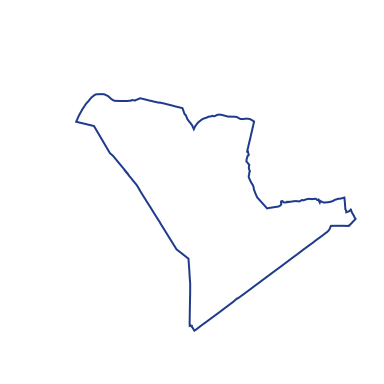 outline of Tetepango, Hidalgo, Mexico, rotated 133°
{"feature_id": "50627088B64259758122284", "entity_name": "Tetepango", "entity_type": "district", "adm_level": 2, "iso_a3": "MEX", "parent_name": "Mexico", "parent_adm1": "Hidalgo", "projection": "equal_earth", "projection_center": [-99.166, 20.109], "detail": "fine", "context": "isolated", "style": "outline", "palette": "blue", "viewbox_px": 384, "rotation_deg": 133, "n_neighbors": 0, "source": "geoboundaries", "source_scale": "gbopen_adm2", "svg_char_len": 4798}
<svg xmlns="http://www.w3.org/2000/svg" viewBox="0 0 384 384"><g transform="rotate(133 192 192)"><path d="M99.1,57.0L98.4,59.6L97.7,61.6L97.2,62.7L96.5,63.6L96.5,63.9L98.8,63.9L101.6,65.3L100.5,66.7L100.0,68.1L96.3,72.1L95.8,72.6L93.7,75.0L92.6,76.2L92.4,76.6L92.2,76.8L95.2,78.6L97.4,80.5L98.9,81.3L100.3,82.2L102.7,82.9L104.8,84.1L107.2,85.9L108.8,87.5L109.7,88.2L110.6,90.2L111.0,92.0L112.6,91.3L112.1,92.7L111.8,93.0L111.3,94.1L111.8,94.1L112.5,95.0L112.4,95.8L112.5,96.8L113.1,97.4L115.4,99.4L117.3,101.9L119.2,103.3L121.3,104.4L122.2,104.9L122.8,106.1L123.2,106.2L125.4,106.9L125.5,106.9L127.1,108.9L127.1,109.0L129.0,111.0L130.8,112.4L132.5,113.8L133.8,114.8L133.6,115.0L134.2,115.6L134.3,115.5L135.0,115.9L135.7,116.3L136.7,117.3L137.0,117.8L137.2,118.3L137.0,118.8L137.0,119.4L137.1,119.9L137.4,120.1L138.0,120.4L138.7,120.1L139.3,119.3L140.0,118.4L141.1,118.2L141.8,118.2L143.3,118.7L143.9,119.0L145.7,120.5L152.0,125.4L152.8,125.9L152.8,126.2L152.6,128.1L152.5,129.1L151.6,139.4L151.5,140.6L150.0,144.2L148.0,148.3L146.8,149.9L146.3,150.5L146.0,151.0L145.7,151.8L145.3,152.8L145.0,154.0L144.7,155.3L144.2,156.4L143.8,157.6L143.3,158.7L142.6,160.4L141.5,161.5L139.6,162.5L138.6,163.5L137.4,163.7L136.3,166.0L135.3,167.2L133.1,168.6L132.5,173.1L130.8,174.4L130.0,174.8L129.2,175.1L127.9,175.9L126.2,175.7L125.0,177.7L123.9,179.3L124.4,179.5L122.6,180.6L122.1,180.9L121.7,181.0L121.0,181.4L120.4,181.8L119.6,182.3L118.0,183.2L116.1,184.3L115.1,184.8L114.2,185.4L113.8,185.5L113.2,185.9L112.7,186.2L112.2,186.5L111.5,186.9L111.0,187.2L110.5,187.5L109.7,188.0L108.4,188.7L107.0,189.5L105.8,190.2L104.9,190.7L104.4,191.1L104.0,191.3L103.6,191.5L101.8,192.5L99.4,193.9L98.1,194.7L98.6,197.4L99.1,199.1L99.6,200.0L100.0,200.7L101.3,202.3L102.0,203.0L102.8,203.5L103.4,203.9L104.1,204.7L104.8,205.5L105.4,206.2L105.7,206.8L106.0,207.9L106.3,209.4L106.8,210.7L107.9,212.2L111.4,216.1L112.1,216.9L112.7,217.8L113.3,218.9L114.0,220.4L115.3,222.7L115.9,223.8L117.2,225.2L117.7,225.7L118.4,226.1L119.2,226.5L120.0,226.7L120.6,227.0L121.4,227.4L121.9,227.9L122.2,228.6L122.3,229.0L123.6,229.7L124.5,230.2L125.0,230.6L125.2,230.8L125.3,231.1L126.2,231.5L126.8,231.8L127.4,231.9L128.2,232.3L130.0,233.4L131.5,234.0L132.4,234.3L134.1,234.5L135.1,234.7L136.3,234.9L137.8,234.9L139.3,234.8L142.2,234.4L144.8,233.5L144.0,235.5L143.2,237.2L142.6,240.4L142.3,242.6L141.9,244.9L141.2,246.5L140.5,247.8L140.2,248.7L140.0,249.4L140.0,249.5L140.2,249.9L140.2,250.3L138.5,253.6L138.3,253.9L137.9,254.8L137.2,256.1L137.7,257.1L138.2,258.0L138.7,258.9L139.7,260.6L140.5,262.1L141.0,262.9L141.6,264.1L142.1,265.1L142.7,266.3L143.4,267.4L143.8,268.2L144.6,269.6L146.1,272.4L146.4,272.9L146.7,273.4L147.0,273.9L147.3,274.4L147.6,274.9L147.8,275.3L148.0,275.6L148.3,276.2L148.5,276.6L149.2,277.0L149.5,277.6L149.9,278.1L150.2,278.7L150.5,279.2L150.8,279.8L151.1,280.3L151.5,280.8L151.8,281.4L152.4,282.5L152.7,283.0L153.0,283.6L153.3,284.1L153.6,284.7L154.0,285.2L154.3,285.8L154.6,286.3L154.9,286.9L155.2,287.4L155.5,288.0L155.8,288.5L156.4,289.6L156.7,290.2L157.0,290.7L157.3,291.3L157.6,291.8L158.0,292.4L158.3,292.9L158.6,293.5L158.8,293.9L159.0,293.9L160.8,294.7L161.6,295.1L163.6,296.0L163.9,296.0L164.2,296.4L164.6,297.0L164.8,297.5L165.1,297.9L165.6,298.4L166.1,298.8L166.6,298.8L169.9,301.7L173.8,305.9L178.1,310.8L178.6,312.1L179.0,314.4L179.1,318.8L180.0,321.6L180.4,322.9L182.3,325.1L183.7,326.5L186.0,328.8L186.3,328.9L187.6,329.4L190.8,329.9L192.9,330.0L195.9,329.7L198.3,329.7L200.4,329.6L203.6,329.0L206.2,328.6L208.9,327.9L211.1,327.4L212.2,327.1L214.3,326.5L219.6,324.6L210.6,308.7L219.6,278.4L219.4,274.6L222.2,253.1L222.4,253.5L222.8,250.4L223.1,248.8L223.3,247.3L223.3,246.9L223.4,246.1L223.6,244.7L223.7,244.2L223.8,243.4L223.9,242.9L224.1,241.1L224.2,240.7L224.5,238.0L224.5,237.9L224.6,237.6L224.6,237.3L224.7,236.9L225.4,234.3L226.1,231.9L226.2,231.7L226.3,231.7L226.4,231.3L226.4,231.2L227.0,229.2L227.5,227.2L227.7,226.6L228.4,224.0L229.1,221.2L229.9,218.4L230.6,215.6L231.6,211.7L232.8,207.4L233.6,204.4L234.4,201.3L235.5,197.2L236.1,194.7L236.6,193.4L237.3,190.7L244.5,164.2L243.5,152.9L243.2,149.1L251.8,139.8L255.4,136.1L260.2,130.9L267.2,124.4L273.9,118.4L289.0,104.8L291.4,102.4L290.4,102.0L290.7,100.7L290.2,100.5L290.6,100.0L291.8,95.7L290.3,95.3L282.5,94.0L277.5,93.0L269.4,91.5L261.4,90.0L255.0,88.9L250.0,88.0L244.4,87.0L241.7,86.7L239.0,86.4L238.9,86.1L238.5,85.9L229.1,84.1L219.1,82.3L209.2,80.5L196.0,78.1L184.3,75.9L172.3,73.8L168.1,73.0L167.2,72.8L160.2,71.6L157.2,71.1L150.0,69.7L147.0,69.1L142.6,68.4L137.4,67.4L132.5,66.5L132.0,66.5L129.2,65.9L126.8,65.8L124.9,66.2L122.6,67.1L122.0,67.3L117.9,63.0L113.8,58.6L110.3,54.6L109.8,54.6L109.6,54.5L109.5,54.3L109.5,54.1L100.1,54.0L99.9,54.8L99.8,55.5L99.6,56.2L99.1,57.0Z" fill="none" stroke="#1e3a8a" stroke-width="2"/></g></svg>